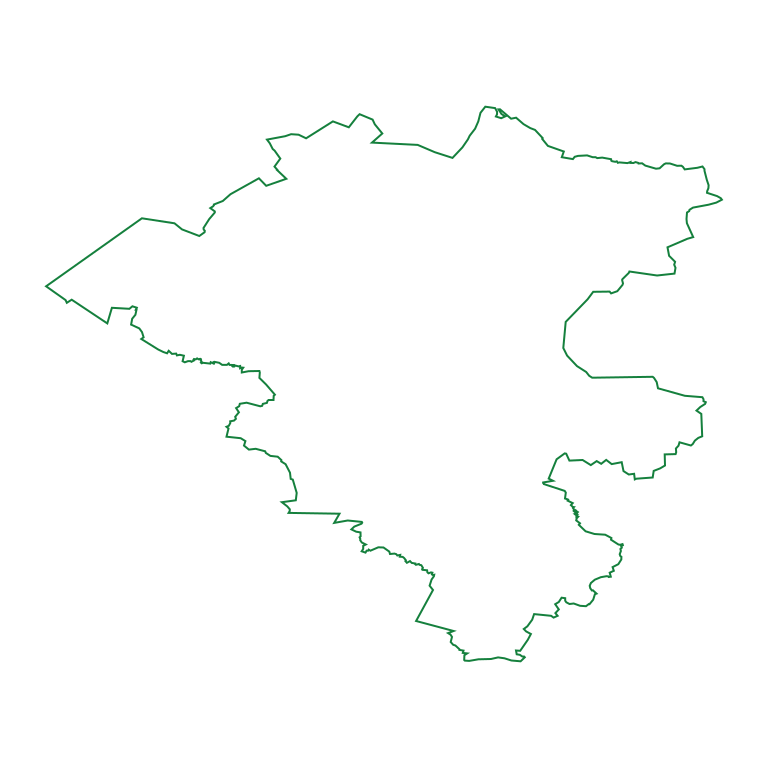 Ēdoles pag., Kuldigas, Latvia
{"feature_id": "27541924B33220352308634", "entity_name": "Ēdoles pag.", "entity_type": "district", "adm_level": 2, "iso_a3": "LVA", "parent_name": "Latvia", "parent_adm1": "Kuldigas", "projection": "natural_earth1", "projection_center": [21.68, 57.04], "detail": "fine", "context": "isolated", "style": "outline", "palette": "green", "viewbox_px": 768, "rotation_deg": 0, "n_neighbors": 0, "source": "geoboundaries", "source_scale": "gbopen_adm2", "svg_char_len": 6111}
<svg xmlns="http://www.w3.org/2000/svg" viewBox="0 0 768 768"><path d="M464.8,660.6L469.2,660.9L478.4,659.3L491.0,659.0L498.1,657.4L504.5,658.3L511.4,660.5L520.6,661.3L524.8,657.3L524.1,656.5L522.3,656.5L519.8,654.8L516.7,654.3L516.0,650.5L520.2,650.8L527.8,639.8L530.9,634.0L526.1,631.4L523.8,629.0L527.4,626.3L532.2,619.7L534.1,614.1L551.1,615.8L553.6,617.6L557.6,615.8L555.4,613.1L558.8,609.4L555.2,604.2L558.8,602.0L561.6,597.7L565.2,598.2L565.2,600.7L566.3,602.3L569.5,604.0L573.7,603.5L580.1,605.8L586.0,606.2L588.9,604.0L589.5,604.2L593.2,599.7L594.9,594.2L596.5,593.6L592.9,590.3L591.9,590.5L590.3,588.3L589.7,585.8L590.9,583.0L594.8,579.7L600.8,577.2L606.5,576.2L608.3,576.4L608.7,577.0L610.8,576.7L609.7,572.7L613.8,570.8L612.6,567.1L618.3,564.2L621.3,559.5L621.4,556.8L620.3,556.0L619.7,554.2L620.9,551.0L620.4,549.0L621.8,547.7L621.2,546.2L622.9,545.2L622.5,544.1L620.1,544.8L618.4,544.5L611.0,539.7L611.4,538.0L605.2,534.7L594.5,534.0L585.6,531.3L578.8,524.8L580.0,523.3L576.2,520.4L576.7,518.3L577.6,517.3L576.4,517.3L576.4,516.7L577.8,516.3L575.7,514.8L576.6,514.5L575.3,513.9L577.0,513.4L577.6,512.3L575.4,512.2L575.6,511.2L576.7,511.3L575.6,510.2L574.2,511.4L573.6,510.9L573.9,509.2L573.0,508.0L573.9,507.1L572.8,506.9L570.9,505.1L572.7,503.1L567.7,500.7L568.3,499.9L568.0,499.5L565.0,498.5L565.8,492.6L564.7,490.9L543.9,484.1L543.3,482.8L542.3,482.6L553.0,480.8L548.7,478.6L556.6,459.3L564.7,453.4L566.2,453.7L569.4,460.6L582.6,460.0L590.8,465.1L596.7,461.1L601.2,463.8L606.2,459.9L611.7,464.1L621.7,462.2L623.5,471.1L628.8,474.5L634.1,473.8L634.8,479.4L636.4,478.7L652.7,477.5L653.7,470.9L660.1,468.4L665.0,465.5L664.7,454.4L675.6,454.1L676.2,452.2L675.9,448.5L678.5,445.7L679.5,442.3L690.9,445.5L692.7,444.1L694.9,440.6L698.3,437.9L702.2,436.3L701.3,413.9L696.5,410.6L700.3,407.0L705.1,403.9L705.8,402.2L703.5,401.2L703.5,399.2L702.4,397.2L684.9,395.8L658.0,388.3L656.7,382.1L654.0,377.9L652.7,376.8L592.2,377.7L589.2,375.8L586.2,372.0L577.0,366.1L567.1,355.6L563.3,348.0L565.7,321.9L587.6,299.3L593.2,291.8L609.6,291.6L611.1,293.4L617.3,291.2L622.5,284.9L623.0,283.4L622.1,280.0L622.5,279.1L628.8,272.9L629.4,271.5L657.1,275.5L674.5,273.6L675.5,267.8L674.2,264.7L675.1,261.8L669.1,255.8L667.5,247.3L687.3,238.8L693.2,237.1L686.9,223.2L686.5,219.0L687.0,212.5L689.2,211.1L689.5,209.8L693.0,207.6L708.6,204.7L716.3,202.6L721.9,199.7L720.8,198.2L717.1,196.1L707.0,192.8L707.2,191.1L708.4,188.2L708.6,185.2L706.8,179.8L704.5,170.8L704.5,169.2L702.5,166.5L697.3,167.8L684.7,169.4L682.9,166.8L681.4,165.7L677.1,165.8L670.0,163.5L665.8,163.4L664.1,164.2L659.6,168.3L656.0,168.7L645.3,165.6L642.1,163.3L638.5,163.5L638.3,162.9L635.5,162.1L633.4,163.0L630.4,162.9L630.5,162.0L627.5,163.1L619.4,162.4L617.8,162.8L616.8,161.3L615.3,161.8L612.1,161.2L611.3,160.7L611.1,159.2L602.2,157.6L597.2,158.1L595.6,157.2L592.7,157.2L587.1,155.4L578.0,155.9L574.7,156.8L572.9,159.1L561.8,157.2L563.8,151.5L547.9,145.9L542.2,138.9L542.7,138.1L535.0,129.9L530.3,128.1L523.6,124.2L516.1,117.7L511.1,118.7L500.0,109.3L498.5,109.4L501.5,114.0L505.2,116.4L501.2,118.2L495.9,116.5L497.0,114.4L497.1,111.8L495.1,108.1L485.3,106.7L480.5,112.8L478.3,121.4L475.1,128.7L469.7,135.7L467.9,139.4L462.4,147.4L452.5,157.9L434.8,152.2L417.7,144.9L372.0,142.6L382.3,133.5L374.8,124.3L372.6,119.6L359.6,114.2L357.4,116.3L348.8,127.3L332.9,121.4L306.1,138.3L298.6,134.7L291.1,134.2L285.2,136.2L267.0,139.6L269.8,143.3L272.7,149.0L274.6,150.6L280.3,158.6L274.5,166.6L277.4,169.9L277.1,170.1L286.3,178.8L266.2,185.8L258.9,178.3L230.5,194.2L222.8,201.0L213.9,204.5L214.0,205.1L213.1,206.3L210.3,208.1L214.8,211.4L214.8,212.5L209.2,219.1L203.5,228.0L203.7,229.5L204.8,230.8L204.6,232.2L199.3,236.0L182.0,229.4L174.5,223.3L141.9,218.3L46.1,286.3L65.6,300.1L66.8,302.8L71.7,299.7L107.3,323.4L111.9,307.8L129.4,308.8L132.4,306.3L136.8,307.7L135.8,309.7L136.5,309.7L135.4,314.8L132.2,318.7L131.1,324.6L139.3,328.4L142.0,332.1L143.6,337.3L141.3,339.0L158.2,349.5L163.3,352.0L167.1,353.3L168.7,350.8L172.0,353.9L176.2,353.6L176.9,355.4L179.9,354.8L183.9,355.7L182.6,361.2L184.8,362.3L188.1,361.1L190.5,361.1L191.4,361.8L193.9,360.5L193.5,359.7L194.0,359.0L195.7,359.4L197.1,358.4L198.5,359.3L200.2,358.8L200.8,359.0L201.1,360.0L200.7,360.5L201.6,361.7L200.9,362.6L201.7,363.3L203.0,362.8L210.3,363.6L210.7,362.2L213.9,363.7L214.2,363.2L213.6,362.1L214.2,361.8L219.2,362.8L222.2,364.9L226.9,364.9L228.7,363.4L229.5,364.9L233.2,365.0L232.4,366.2L232.9,366.6L234.4,366.5L235.2,365.5L238.5,366.4L240.1,366.0L240.1,368.2L241.6,367.5L243.2,367.7L241.8,369.7L241.8,372.5L248.6,371.2L259.4,371.0L259.8,372.5L259.4,377.9L266.1,384.5L274.9,394.7L273.7,395.8L273.5,400.0L268.6,400.0L267.5,400.9L266.9,402.9L262.8,403.9L262.2,405.8L260.3,406.3L246.6,402.7L239.8,403.8L239.2,406.2L236.1,408.1L238.9,412.3L235.2,416.8L235.9,418.8L234.0,420.6L230.2,421.3L230.3,423.0L228.8,425.8L226.5,426.8L228.5,428.5L226.5,436.7L240.7,438.2L245.4,441.1L244.0,445.6L248.9,449.6L255.7,448.8L265.2,451.3L265.8,452.9L270.4,455.9L277.7,456.7L281.4,460.1L281.2,461.4L285.6,464.2L290.0,472.7L290.7,478.9L292.8,479.6L296.7,492.9L295.8,500.3L281.9,502.2L287.3,506.4L289.8,509.3L289.7,511.1L288.6,512.9L339.5,513.7L334.2,522.9L347.7,520.5L361.8,521.9L362.2,522.7L361.5,523.7L354.3,526.6L351.4,529.4L356.2,531.7L360.5,532.4L360.6,536.4L359.6,537.3L360.3,538.9L360.2,540.2L361.8,542.5L365.8,544.5L363.2,545.8L363.2,548.9L361.7,551.3L365.5,552.6L366.6,550.7L368.1,550.7L368.7,549.6L370.4,550.7L378.3,547.3L383.5,547.5L389.3,551.6L390.0,554.0L394.5,553.6L396.3,554.2L397.3,555.5L400.2,554.9L399.8,556.7L402.7,556.9L404.1,558.0L405.9,560.3L405.4,561.1L406.9,562.8L410.0,561.1L411.7,562.9L415.2,563.5L415.0,564.0L415.9,564.8L418.9,564.0L419.5,564.8L421.3,565.2L422.9,567.8L422.1,569.2L422.4,569.8L427.1,570.3L427.4,572.3L428.5,573.3L431.0,572.4L432.4,572.7L431.9,574.4L433.0,575.1L434.2,574.8L433.9,576.3L431.6,579.5L429.6,585.7L433.0,590.0L416.1,621.0L453.6,631.0L448.1,633.1L450.5,634.6L452.0,636.9L450.7,642.0L453.2,644.8L455.4,645.5L459.4,649.2L459.4,649.9L463.5,650.6L462.8,652.9L467.2,653.4L464.4,655.2L464.2,660.0L464.8,660.6Z" fill="none" stroke="#15803d" stroke-width="2"/></svg>